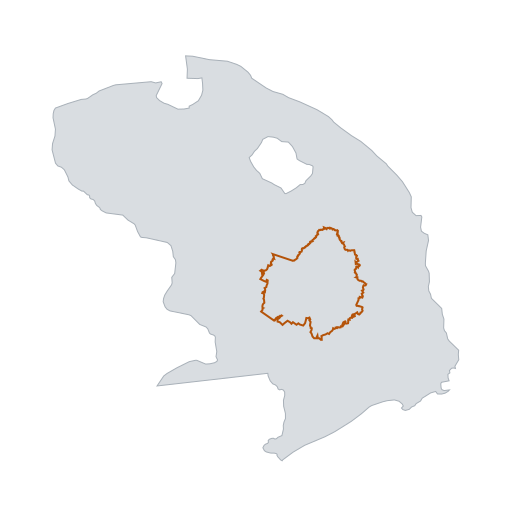 Pixley ka Seme, Northern Cape, South Africa shown in context, rotated 264°
{"feature_id": "47623444B63696254381244", "entity_name": "Pixley ka Seme", "entity_type": "district", "adm_level": 2, "iso_a3": "ZAF", "parent_name": "South Africa", "parent_adm1": "Northern Cape", "projection": "natural_earth1", "projection_center": [24.003, -30.211], "detail": "fine", "context": "in_parent", "style": "outline", "palette": "amber", "viewbox_px": 512, "rotation_deg": 264, "n_neighbors": 0, "source": "geoboundaries", "source_scale": "gbopen_adm2", "svg_char_len": 9628}
<svg xmlns="http://www.w3.org/2000/svg" viewBox="0 0 512 512"><g transform="rotate(264 256 256)"><path d="M369.3,66.3L382.9,64.3L389.0,65.4L396.3,68.6L403.1,69.8L414.7,68.6L418.7,69.2L421.9,70.3L424.1,72.0L427.3,84.8L430.0,98.6L429.9,103.0L430.2,104.8L433.4,110.6L434.6,114.2L436.5,117.2L440.5,131.9L440.9,134.4L440.3,170.0L438.6,174.3L439.2,179.9L437.3,180.6L425.9,173.5L423.9,173.7L420.6,176.4L417.5,180.6L416.1,184.1L410.2,193.7L409.7,199.8L410.1,205.0L412.0,205.2L413.3,208.9L416.4,214.9L421.6,218.7L426.5,220.5L433.3,220.9L438.8,220.8L438.5,216.8L440.0,206.0L449.0,207.3L462.4,206.9L461.3,213.9L456.2,229.9L452.7,247.9L448.5,257.0L446.2,260.7L439.6,267.3L436.2,269.5L433.3,270.3L422.0,283.7L417.8,290.1L414.0,299.6L410.2,304.7L404.7,315.7L395.1,332.0L387.0,342.7L383.5,345.8L381.1,347.2L374.8,353.4L365.8,363.4L359.0,372.2L348.8,382.2L342.9,386.6L334.1,395.2L331.6,396.5L321.7,404.5L314.6,409.4L303.1,415.1L298.6,416.6L287.8,415.2L283.2,416.0L279.4,419.4L279.1,424.3L277.5,425.0L267.5,422.7L263.4,423.1L261.0,425.7L259.1,429.1L253.4,429.2L243.3,425.8L231.3,423.7L228.6,423.5L222.8,426.0L220.7,426.4L212.3,425.8L207.6,424.2L203.2,424.2L199.7,425.6L195.6,426.0L184.4,435.2L178.6,435.2L173.6,436.3L164.8,435.1L162.1,435.6L159.5,437.3L153.5,438.0L151.2,439.3L141.1,447.7L136.9,446.9L131.6,446.8L125.6,442.3L123.3,442.6L123.9,441.2L124.0,438.9L121.9,436.4L119.5,436.6L118.3,434.5L114.7,434.3L111.7,435.0L111.0,427.2L109.6,426.4L106.0,426.3L104.3,426.5L103.5,427.2L102.5,429.0L102.6,434.4L101.3,432.9L99.8,429.6L99.3,426.2L99.8,422.1L102.5,420.5L101.6,415.4L97.2,406.4L94.6,404.5L92.5,399.9L90.5,398.2L89.6,395.0L87.5,392.4L86.8,388.4L87.9,386.0L89.6,384.8L91.4,386.8L93.5,386.0L96.6,383.1L98.4,378.6L98.4,371.4L97.8,367.0L95.2,355.5L94.0,352.8L88.2,344.5L81.6,333.5L73.1,316.1L69.0,305.6L62.6,284.5L57.1,272.5L50.5,261.3L49.6,260.6L50.6,259.2L54.0,256.7L55.6,256.0L56.5,256.3L57.3,255.6L58.0,253.8L58.5,249.9L60.1,245.7L61.5,244.0L64.6,242.8L66.9,244.3L67.9,245.9L68.4,247.9L69.4,248.9L71.1,248.8L72.3,250.0L73.0,252.6L72.9,254.4L72.0,255.6L72.1,257.1L73.4,258.9L74.7,263.0L81.0,265.2L84.6,265.4L88.0,266.5L91.2,268.3L96.4,268.8L103.6,267.8L109.6,268.2L114.3,270.0L117.7,270.3L119.8,269.2L120.7,267.6L120.4,265.5L121.4,264.1L123.8,263.5L125.7,261.9L127.1,259.3L130.3,257.1L135.5,255.5L138.1,255.5L137.1,144.0L146.3,151.7L148.5,155.3L153.1,165.7L157.9,178.6L158.6,184.8L158.5,186.1L153.8,194.6L153.6,198.8L154.2,203.7L155.3,206.1L156.7,206.9L160.0,205.7L165.0,207.0L174.7,206.4L179.5,207.1L180.7,206.7L181.8,205.6L183.1,202.7L184.2,201.7L188.7,200.4L190.7,198.8L193.8,192.9L203.4,185.2L204.5,183.3L210.4,164.7L212.3,162.0L214.9,160.3L220.2,158.9L223.3,159.6L226.7,161.2L230.4,164.0L236.1,169.0L238.0,169.8L243.6,170.0L247.1,173.3L257.6,175.6L260.7,175.5L264.0,173.7L269.4,173.7L275.2,172.5L278.7,169.2L285.6,148.8L286.4,144.4L287.1,143.1L292.7,140.8L299.4,139.1L300.8,138.1L305.0,132.5L310.6,127.8L314.5,111.5L317.0,107.7L318.6,106.0L319.6,106.0L321.0,105.0L322.8,103.0L325.0,101.8L327.6,101.3L329.2,100.0L330.0,97.8L331.3,96.7L333.1,96.8L334.2,96.1L334.5,94.7L338.6,91.2L338.7,89.7L341.1,86.3L345.8,80.8L350.2,77.8L354.3,77.2L361.8,74.4L364.6,71.8L366.3,68.3L369.3,66.3ZM354.3,306.5L361.0,303.7L365.9,300.1L367.1,293.5L370.9,289.4L372.4,285.6L373.5,280.4L371.3,274.9L368.3,273.3L362.7,268.6L360.3,265.4L357.0,262.7L354.6,259.5L350.7,260.5L344.7,263.1L341.0,265.5L337.8,268.4L332.2,270.4L326.9,279.4L325.2,281.4L321.0,288.0L315.1,291.2L314.9,292.4L316.9,297.7L319.5,303.0L322.4,307.4L322.2,310.1L323.2,312.2L325.7,313.6L330.0,319.0L332.2,320.8L338.8,322.1L339.7,321.7L341.5,318.5L341.8,316.2L346.3,309.2L348.2,307.0L354.3,306.5Z" fill="#d9dde1" stroke="#a8b0b8" stroke-width="1"/><path d="M250.4,354.4L251.5,354.3L251.7,351.2L251.3,350.2L251.8,349.5L252.0,348.4L251.6,348.0L252.6,347.5L252.8,345.6L253.6,345.0L255.3,344.6L256.3,345.1L256.4,345.3L256.7,345.1L258.3,344.7L259.3,343.7L260.2,344.3L259.9,342.9L261.1,342.4L261.1,342.5L261.7,342.4L261.9,342.6L262.1,342.5L262.3,342.0L262.6,341.6L263.7,340.9L265.0,341.1L265.4,340.6L265.7,340.9L266.1,340.8L266.5,340.4L266.8,340.2L267.4,340.3L267.5,339.9L267.8,340.2L268.0,340.0L268.0,339.7L268.4,339.4L268.7,339.4L268.8,339.1L268.7,339.0L268.8,338.7L269.1,338.7L270.3,339.4L270.3,339.6L270.7,339.7L270.8,339.4L272.4,340.1L273.2,339.5L273.0,339.0L273.2,337.5L273.5,336.9L273.9,337.0L274.7,336.0L274.9,335.3L274.5,334.8L274.9,334.6L275.1,334.6L275.7,334.0L276.1,333.1L275.7,333.1L275.4,332.4L276.3,331.6L276.2,331.4L276.3,331.2L276.2,330.9L276.4,330.5L276.5,329.9L276.3,329.8L276.1,329.5L275.3,329.0L275.7,328.4L276.6,327.9L277.3,326.6L276.7,326.7L276.3,326.5L276.2,326.4L275.7,326.4L275.6,326.2L275.6,325.6L275.4,325.1L275.5,324.7L275.4,324.5L275.1,324.5L275.2,324.1L275.1,323.3L275.4,323.0L275.4,322.8L275.1,322.5L275.0,321.9L275.3,321.5L274.9,321.1L274.1,320.4L274.1,320.1L273.7,319.9L273.6,320.0L272.8,319.5L272.4,319.7L271.9,319.5L271.7,319.9L271.2,320.1L270.7,319.5L270.6,319.1L270.0,318.3L269.7,318.2L269.5,317.7L268.9,317.9L268.4,317.7L268.2,317.3L267.5,316.5L267.5,316.3L267.7,316.2L267.1,315.4L266.8,315.3L266.5,315.0L266.0,313.9L265.3,313.4L264.9,313.4L264.7,313.6L264.5,313.0L264.7,312.8L264.8,312.2L264.5,311.3L264.2,311.2L263.7,311.5L263.3,311.4L263.1,310.9L262.8,310.7L262.3,310.2L262.6,309.8L262.5,309.4L262.0,309.2L261.8,308.7L261.7,308.7L261.4,308.9L261.2,308.8L261.1,308.2L260.7,307.8L260.7,307.4L260.5,306.6L259.6,306.1L259.7,305.5L259.1,305.1L259.1,304.6L258.6,304.1L258.7,303.6L258.9,303.3L258.6,302.5L257.5,302.2L256.8,302.3L255.6,301.8L255.3,300.8L255.4,299.8L255.3,299.6L255.0,299.5L254.8,299.9L253.9,299.9L253.3,299.4L252.8,298.9L252.4,297.9L252.2,297.8L251.8,297.9L251.3,297.6L251.3,297.2L251.2,297.0L250.2,296.8L249.7,296.9L249.6,296.7L249.0,296.2L248.4,295.1L248.1,294.3L247.5,293.7L247.6,292.3L247.4,292.1L256.1,273.0L255.7,273.2L255.5,273.3L255.2,273.6L255.1,273.4L255.1,273.0L254.9,273.0L254.7,273.1L254.8,273.3L254.8,273.5L254.3,273.3L253.3,273.6L253.1,273.5L252.3,273.6L252.1,273.5L251.4,273.7L251.6,273.2L251.6,272.8L251.3,272.6L250.9,272.1L250.4,272.1L250.0,272.3L249.6,272.1L249.1,271.2L249.0,270.8L248.6,270.4L248.4,270.5L248.1,270.2L247.7,270.2L246.8,270.2L246.5,269.9L246.3,270.1L245.9,270.1L245.8,270.7L245.6,270.7L245.4,270.5L244.9,269.2L244.7,269.0L244.6,268.6L245.5,267.2L243.5,266.4L243.3,266.5L242.3,265.9L241.7,265.7L240.7,264.2L240.6,263.4L240.6,263.2L240.3,262.7L240.2,262.1L240.8,261.9L240.8,261.5L241.0,260.8L241.5,260.5L241.5,260.3L241.7,260.1L240.9,258.8L239.9,260.1L237.5,260.2L237.8,260.7L238.8,261.9L238.0,262.2L236.5,261.3L235.7,260.5L235.0,260.0L234.1,259.0L232.6,257.9L230.3,261.4L229.3,263.4L231.1,264.2L230.5,265.1L229.6,264.9L227.3,264.5L225.7,263.5L224.0,263.0L223.2,261.2L222.6,261.5L221.0,261.6L220.1,260.5L219.6,261.2L218.8,261.0L218.9,260.1L219.3,258.8L218.5,258.4L218.3,259.2L216.9,260.0L216.1,260.0L214.1,259.5L213.6,259.5L212.8,258.9L211.6,259.4L210.6,259.4L208.6,259.4L207.8,258.3L206.9,257.6L205.4,257.1L203.7,257.1L203.5,257.5L203.3,257.0L201.8,256.9L200.2,255.3L189.8,267.3L189.9,267.7L190.3,267.4L190.7,267.5L190.9,268.4L191.1,268.8L191.5,269.1L192.3,269.6L192.7,270.7L193.2,271.4L193.2,271.7L192.8,272.1L192.8,272.3L193.0,272.8L193.6,273.1L193.7,273.4L194.0,273.7L193.8,274.6L194.2,275.2L193.9,275.5L193.3,274.1L191.7,272.6L190.9,270.7L188.5,270.6L187.7,272.7L184.7,275.2L186.2,277.2L188.3,280.6L186.6,282.9L184.9,284.2L186.3,285.8L183.4,289.1L184.6,291.1L183.3,292.4L181.9,295.7L184.1,297.8L187.0,298.9L189.1,299.6L188.7,301.2L189.2,302.7L187.3,303.3L186.7,302.3L184.7,303.4L181.3,302.4L179.2,303.0L178.7,302.9L178.3,303.9L176.6,303.5L174.6,302.2L173.2,303.1L170.0,303.8L168.1,305.2L167.8,308.4L169.2,308.0L170.5,308.8L167.7,308.9L167.6,310.3L165.9,311.7L165.8,312.6L168.9,312.8L169.5,312.7L170.3,314.6L170.7,317.0L171.7,319.1L170.8,320.5L172.5,321.9L173.6,323.8L174.6,324.7L176.1,325.2L175.3,326.4L175.7,327.5L176.4,327.7L175.8,329.1L176.2,329.6L176.7,329.5L176.6,330.3L176.2,331.2L176.2,331.6L176.2,332.7L177.2,333.0L176.9,334.7L178.3,335.9L178.8,334.8L180.9,335.9L181.3,336.8L181.7,337.9L181.5,338.1L179.7,337.5L179.3,338.9L179.5,340.5L180.9,340.9L182.3,340.9L183.2,341.2L182.8,342.5L184.0,342.5L184.5,343.0L184.7,343.6L184.5,345.0L186.1,345.0L187.4,345.6L187.6,345.8L187.4,346.1L185.4,346.8L185.8,348.0L187.1,347.8L187.7,347.3L187.9,347.2L188.2,348.5L188.8,349.9L189.1,350.1L189.4,350.8L187.9,351.2L187.5,351.9L187.4,351.8L187.0,352.5L187.8,353.6L188.8,354.0L188.8,354.8L190.4,356.3L192.0,355.9L193.6,356.6L193.8,356.6L194.2,356.1L195.0,354.3L195.3,353.1L195.6,353.0L195.9,350.9L196.9,350.6L201.4,353.3L203.2,353.5L203.2,354.6L204.5,354.9L203.5,357.4L204.4,357.9L204.8,357.9L204.9,357.7L205.2,357.6L205.3,357.9L207.4,357.2L208.4,358.9L209.6,358.3L210.5,357.8L210.9,359.1L211.5,359.5L213.4,359.0L214.9,359.5L215.6,360.0L215.3,360.5L215.3,361.4L215.4,361.9L215.7,361.9L216.1,362.4L216.4,362.6L216.6,362.1L216.9,362.1L217.4,361.8L218.2,360.8L219.7,359.5L219.5,358.8L220.5,357.7L220.5,356.5L221.5,355.1L222.5,354.5L224.0,354.6L223.9,354.1L224.3,353.3L224.4,353.6L226.3,354.2L226.9,354.3L227.2,353.9L228.2,353.8L228.7,353.0L229.3,352.6L229.8,353.0L231.7,352.6L232.2,352.8L232.7,354.0L233.2,354.1L234.2,354.6L234.8,354.6L235.0,355.0L234.0,356.1L234.7,356.2L234.5,356.6L235.7,358.2L236.1,358.3L236.7,357.9L236.7,357.1L237.5,356.4L237.5,355.7L237.9,354.6L237.8,354.4L239.9,354.4L239.5,354.8L239.5,355.1L239.8,356.2L240.1,356.5L240.5,357.4L241.3,357.0L242.5,356.9L242.4,356.2L242.8,355.4L244.4,355.6L244.7,355.7L244.9,356.0L245.4,356.2L245.4,355.9L245.8,356.1L246.6,355.7L246.7,355.4L246.8,354.9L247.2,354.6L249.3,354.5L249.0,353.8L249.7,354.5L250.4,354.4Z" fill="none" stroke="#b45309" stroke-width="2"/></g></svg>